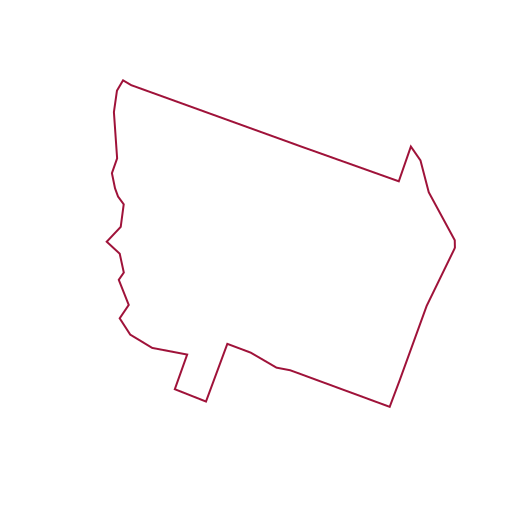 outline of Sumter, Georgia, United States of America, rotated 199°
{"feature_id": "52423323B7701583683709", "entity_name": "Sumter", "entity_type": "district", "adm_level": 2, "iso_a3": "USA", "parent_name": "United States of America", "parent_adm1": "Georgia", "projection": "natural_earth1", "projection_center": [-84.143, 32.052], "detail": "fine", "context": "isolated", "style": "outline", "palette": "rose", "viewbox_px": 512, "rotation_deg": 199, "n_neighbors": 0, "source": "geoboundaries", "source_scale": "gbopen_adm2", "svg_char_len": 604}
<svg xmlns="http://www.w3.org/2000/svg" viewBox="0 0 512 512"><g transform="rotate(199 256 256)"><path d="M411.4,274.2L405.8,267.3L397.9,261.8L393.4,239.5L401.8,220.9L385.6,213.8L375.6,197.3L378.0,188.8L360.4,168.3L364.6,152.7L349.3,140.7L324.2,135.3L289.0,140.4L289.4,103.6L255.9,102.1L254.5,163.6L229.5,162.9L200.3,157.1L186.5,159.1L80.5,156.9L79.7,184.7L78.4,264.4L70.7,327.5L70.7,328.8L73.2,335.6L113.4,372.5L131.6,399.9L145.2,409.9L145.3,373.1L249.2,374.2L429.6,376.9L438.9,378.8L441.3,367.1L437.2,345.8L419.1,303.1L419.2,287.4L411.4,274.2Z" fill="none" stroke="#9f1239" stroke-width="2"/></g></svg>